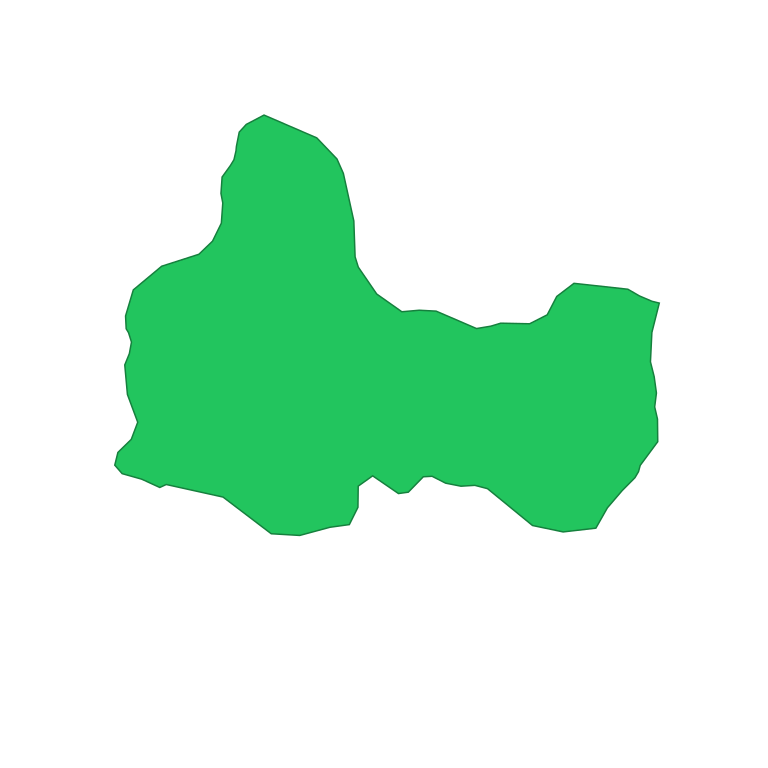 map outline of Mus (Mercator projection), rotated 33°
{"feature_id": "TUR-2310", "entity_name": "Mus", "entity_type": "Province", "adm_level": 1, "iso_a3": "TUR", "parent_name": "Turkey", "parent_adm1": "", "projection": "mercator", "projection_center": [41.844, 39.013], "detail": "fine", "context": "isolated", "style": "filled", "palette": "green", "viewbox_px": 768, "rotation_deg": 33, "n_neighbors": 0, "source": "natural_earth", "source_scale": "10m", "svg_char_len": 1166}
<svg xmlns="http://www.w3.org/2000/svg" viewBox="0 0 768 768"><g transform="rotate(33 384 384)"><path d="M359.6,313.7L373.3,303.0L388.0,294.5L431.4,287.1L442.1,277.3L448.8,269.4L473.3,254.2L483.2,237.1L481.2,216.5L488.5,196.1L536.9,171.7L550.3,171.0L563.6,168.7L570.8,166.2L580.6,194.9L595.4,220.3L606.6,230.7L617.4,243.2L623.5,255.8L632.5,264.5L645.0,283.3L643.2,312.7L645.2,318.9L645.5,325.9L641.8,343.7L638.8,366.2L640.2,389.5L614.8,410.5L585.6,421.8L527.8,415.4L515.4,419.5L504.2,427.8L489.7,433.6L474.6,435.2L467.5,440.4L463.3,461.5L455.8,468.0L424.5,467.2L418.0,483.7L429.3,501.6L431.5,520.8L416.7,533.6L395.8,556.9L371.0,571.0L310.6,566.5L256.1,586.9L252.3,592.9L232.6,595.8L213.2,601.8L202.4,598.7L198.1,586.3L202.2,568.1L198.3,550.2L174.5,532.5L156.2,509.2L153.9,497.2L149.4,486.4L141.8,480.1L137.7,478.1L130.2,467.7L122.5,441.6L133.4,406.3L158.1,376.0L162.4,357.6L160.0,337.7L150.2,320.0L143.5,313.0L135.5,298.6L136.2,284.6L136.0,277.6L132.9,269.1L130.8,265.1L125.4,251.6L127.1,241.3L136.9,223.8L193.6,214.2L222.0,220.9L235.2,229.5L269.9,263.7L290.5,293.1L298.8,300.0L328.9,312.5L359.6,313.7Z" fill="#22c55e" stroke="#15803d" stroke-width="1.5"/></g></svg>